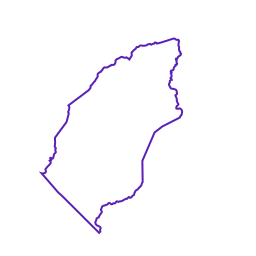 San Ignacio, Francisco Morazán, Honduras (Robinson projection), rotated 230°
{"feature_id": "27666195B25957798922682", "entity_name": "San Ignacio", "entity_type": "district", "adm_level": 2, "iso_a3": "HND", "parent_name": "Honduras", "parent_adm1": "Francisco Morazán", "projection": "robinson", "projection_center": [-87.053, 14.728], "detail": "fine", "context": "isolated", "style": "outline", "palette": "violet", "viewbox_px": 256, "rotation_deg": 230, "n_neighbors": 0, "source": "geoboundaries", "source_scale": "gbopen_adm2", "svg_char_len": 5711}
<svg xmlns="http://www.w3.org/2000/svg" viewBox="0 0 256 256"><g transform="rotate(230 128 128)"><path d="M151.1,216.4L151.5,216.3L151.9,216.3L152.5,216.8L152.8,217.0L153.2,217.0L153.7,216.8L154.0,216.9L154.3,217.0L155.7,217.8L156.7,218.8L156.9,219.0L157.8,219.4L159.1,219.8L160.4,221.4L161.6,222.3L161.8,223.0L163.2,223.3L164.1,222.2L164.6,221.7L165.0,221.5L165.7,221.4L166.1,221.3L166.7,221.0L167.2,220.5L172.2,208.3L174.0,204.5L174.4,204.6L174.8,204.6L175.1,204.3L175.9,203.9L176.2,203.6L176.2,203.3L175.8,202.9L175.8,202.6L175.9,202.1L176.4,201.4L176.6,200.9L176.8,200.0L176.8,199.5L176.9,199.4L177.2,199.3L178.2,198.9L178.5,198.7L179.0,197.3L179.3,196.9L179.3,196.7L179.4,196.3L179.4,195.4L179.7,194.7L180.2,193.9L181.3,192.5L181.7,192.0L182.7,191.2L183.1,190.7L183.3,190.3L183.4,189.8L183.4,187.9L183.6,187.6L184.3,187.0L184.4,186.9L184.4,186.5L183.9,185.2L183.8,184.0L183.9,182.5L183.7,181.1L183.6,180.3L183.6,179.8L183.5,179.5L183.4,179.2L183.0,178.8L181.5,177.8L181.1,177.5L180.8,176.9L180.7,176.3L180.4,175.6L180.2,175.0L180.2,174.4L179.9,174.0L179.6,173.1L182.2,172.6L183.2,172.1L183.3,171.7L183.4,171.2L183.5,171.1L184.7,170.0L186.2,169.3L186.5,169.0L186.8,168.4L187.0,167.4L187.3,165.5L187.9,163.8L187.9,163.1L187.9,162.5L187.8,162.1L187.7,161.8L186.6,160.9L185.9,159.8L185.5,158.9L185.4,158.6L185.5,158.2L185.6,157.6L185.7,157.2L186.2,156.8L186.8,156.2L187.0,155.9L187.0,155.3L186.8,154.8L187.2,154.3L187.4,153.8L187.5,152.0L187.9,150.8L188.2,150.3L189.1,149.5L189.4,149.2L189.6,148.7L189.7,148.2L189.6,147.7L189.4,147.1L189.4,146.5L188.9,145.4L188.9,144.9L189.0,144.5L189.0,144.3L188.9,144.1L188.6,143.7L188.5,143.4L188.6,143.1L188.8,142.7L188.9,142.0L189.0,140.1L188.9,139.6L188.7,139.3L187.1,138.0L186.8,137.6L186.3,136.4L186.2,136.0L186.1,135.3L185.9,134.5L185.2,133.1L185.1,132.7L185.1,132.4L185.2,132.0L185.1,131.5L184.8,130.3L184.7,129.5L184.3,127.9L184.4,126.9L184.3,126.6L184.2,126.3L184.0,126.0L183.7,125.8L183.4,125.7L182.9,125.2L182.7,124.6L182.4,123.0L182.2,122.2L183.6,96.9L182.8,96.8L182.1,96.7L181.6,96.4L181.2,96.0L179.9,94.5L179.6,94.0L178.7,92.4L178.4,92.2L177.7,92.2L177.2,92.0L172.1,84.8L167.5,65.8L164.2,63.2L163.7,62.9L163.3,62.5L162.6,61.6L161.9,61.1L161.0,60.0L160.7,59.9L160.4,59.8L159.5,59.9L159.0,59.7L158.8,59.6L158.7,59.1L158.4,58.7L158.0,58.3L157.5,57.9L156.2,57.4L155.8,57.0L155.6,56.4L155.6,55.3L155.4,54.5L154.9,53.8L153.3,51.7L153.1,51.2L153.0,50.9L153.1,50.5L153.3,50.2L153.7,50.0L154.7,49.8L155.0,49.5L155.0,49.1L154.9,49.0L154.8,48.9L153.1,48.9L152.9,48.8L152.8,48.6L152.9,47.7L153.1,47.7L153.3,47.5L153.4,47.3L153.4,47.0L152.3,47.1L151.9,47.0L151.4,46.8L151.0,46.3L150.6,45.5L150.4,44.0L150.3,43.4L150.1,41.2L149.9,40.4L149.6,38.5L149.5,38.3L149.3,38.1L147.7,37.3L147.2,36.8L147.0,36.3L146.9,36.0L146.9,35.7L147.2,34.8L148.0,33.5L148.2,33.1L148.4,32.9L148.7,32.7L123.5,33.1L118.9,33.8L66.3,38.5L66.4,39.0L66.3,39.8L66.5,40.2L66.7,40.5L67.8,41.0L68.4,41.9L68.8,42.6L69.1,42.9L69.9,43.0L71.0,42.7L71.8,42.5L72.5,42.0L73.2,41.7L74.1,41.5L74.8,41.5L75.4,41.6L76.2,42.0L76.7,42.3L77.0,42.7L77.8,44.4L78.5,45.2L78.8,45.7L78.9,46.3L78.7,47.5L78.3,48.1L78.9,49.1L79.5,50.6L79.8,51.6L79.9,52.6L80.3,53.5L80.5,54.0L80.8,54.2L81.4,54.4L82.3,54.5L82.6,54.7L82.8,54.8L83.1,55.2L83.6,56.2L84.1,57.1L84.4,57.7L84.5,58.2L84.4,58.6L83.4,61.0L82.8,62.7L82.7,63.6L82.9,64.6L82.8,65.2L82.6,65.5L82.2,65.7L81.6,65.9L80.4,66.1L80.2,66.2L80.0,66.5L79.8,66.9L79.8,67.9L79.8,68.3L79.6,68.5L78.7,69.5L78.6,70.0L79.0,70.9L79.1,71.7L79.1,72.1L78.9,72.4L78.6,72.6L77.6,73.0L77.2,74.4L76.2,75.8L75.7,77.6L75.6,78.7L75.3,79.9L75.3,80.4L75.3,80.6L75.1,81.0L74.6,81.4L74.4,81.7L74.6,83.4L74.6,83.8L74.6,84.1L74.5,84.4L74.3,84.5L73.3,84.6L73.1,85.0L72.9,85.3L72.8,86.0L72.9,86.8L72.9,87.0L73.1,87.4L73.1,87.7L73.1,88.3L72.9,89.1L72.9,89.4L73.0,89.7L73.1,90.0L74.0,91.0L74.3,91.9L74.8,92.9L75.0,93.3L75.1,93.7L75.0,94.2L74.8,96.1L74.9,97.5L75.1,97.9L75.2,98.4L75.3,98.8L75.1,99.2L75.2,99.6L75.4,100.5L75.5,101.1L75.6,101.5L76.7,103.1L76.9,103.6L77.0,104.1L77.1,104.4L93.6,117.9L107.5,145.5L107.1,155.4L102.7,174.4L103.0,174.9L103.3,175.4L103.5,176.7L103.9,177.8L104.8,179.0L105.9,180.1L106.2,180.3L106.8,180.5L107.4,180.7L107.8,180.7L108.4,180.7L109.7,180.3L110.0,179.8L110.4,178.9L110.9,178.2L111.3,177.9L111.6,177.7L111.9,177.6L112.1,177.6L112.3,177.8L112.4,178.1L113.2,178.9L113.4,179.2L113.4,180.1L113.3,180.6L113.5,181.4L113.6,181.7L114.1,182.0L116.0,182.3L117.5,182.9L117.9,183.1L118.1,183.4L118.2,183.6L119.0,184.1L120.3,184.6L122.1,185.1L122.5,185.3L122.6,185.6L122.5,186.4L122.5,187.0L122.6,187.3L122.7,187.5L123.0,187.8L123.5,188.0L124.8,188.9L125.3,189.2L125.8,189.3L126.3,189.2L126.7,189.2L127.3,188.9L128.9,187.8L130.3,186.6L130.6,186.4L130.8,186.4L131.5,186.4L132.3,186.6L133.1,186.7L133.9,186.9L134.7,187.2L135.2,187.5L135.5,187.9L136.0,189.4L137.0,190.1L137.2,190.4L137.3,191.6L137.2,191.8L136.9,192.4L136.8,192.5L137.2,192.8L138.0,192.6L138.6,192.6L139.0,192.8L139.2,193.1L139.2,193.3L139.2,193.5L139.2,193.8L139.3,194.3L139.5,194.6L140.4,195.2L141.1,195.5L141.5,195.9L141.7,196.2L142.5,196.0L142.7,196.3L142.6,196.9L142.6,197.1L143.1,197.2L143.8,197.1L144.0,197.3L144.2,197.5L144.3,197.8L144.2,198.1L144.0,198.5L143.4,199.4L143.4,199.6L143.4,199.9L143.4,200.2L143.6,200.6L144.5,201.6L144.8,202.2L145.1,203.3L145.1,203.7L145.1,204.3L145.1,204.6L145.4,204.8L145.7,204.8L145.9,205.0L145.8,205.3L145.3,206.0L145.4,206.5L145.6,206.8L145.8,207.1L146.7,207.2L147.5,207.7L148.6,208.8L148.9,208.7L149.1,208.5L149.3,208.5L149.8,209.0L150.1,209.1L150.3,209.2L150.3,209.3L150.2,209.6L150.0,209.8L149.6,210.2L149.5,210.4L149.7,210.9L150.2,211.7L150.3,212.0L150.3,213.0L150.1,213.9L150.1,215.5L150.3,215.7L151.0,216.1L151.1,216.4Z" fill="none" stroke="#5b21b6" stroke-width="2"/></g></svg>